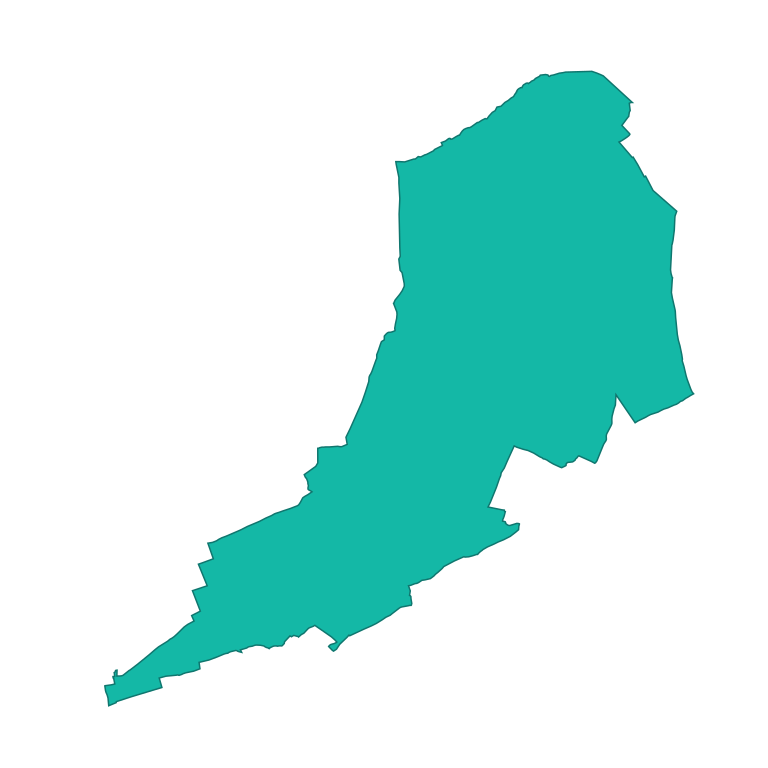 the district of Rediu, Iasi, Romania, rotated 84°
{"feature_id": "2599482B72561220521834", "entity_name": "Rediu", "entity_type": "district", "adm_level": 2, "iso_a3": "ROU", "parent_name": "Romania", "parent_adm1": "Iasi", "projection": "mercator", "projection_center": [27.484, 47.225], "detail": "fine", "context": "isolated", "style": "filled", "palette": "teal", "viewbox_px": 768, "rotation_deg": 84, "n_neighbors": 0, "source": "geoboundaries", "source_scale": "gbopen_adm2", "svg_char_len": 6097}
<svg xmlns="http://www.w3.org/2000/svg" viewBox="0 0 768 768"><g transform="rotate(84 384 384)"><path d="M275.1,354.4L286.3,353.4L288.9,353.6L293.2,356.2L296.5,359.0L301.6,364.1L303.4,365.2L304.2,365.4L304.7,366.1L313.7,363.7L316.3,363.8L320.2,364.6L325.3,366.3L329.7,367.5L330.6,367.5L331.5,367.3L332.1,367.5L332.6,368.9L333.2,371.6L333.1,374.2L333.6,375.4L334.7,376.9L336.4,378.7L340.1,379.1L341.6,382.1L343.3,383.0L350.3,386.2L354.2,388.2L357.6,388.5L359.6,389.6L370.2,394.7L373.0,396.4L373.8,397.2L375.6,398.1L380.0,398.9L390.5,403.5L399.7,407.8L424.8,422.3L433.0,427.4L440.2,426.9L441.9,432.5L441.8,434.1L441.1,436.6L440.9,444.9L440.5,448.4L440.5,450.7L440.3,452.2L440.6,454.6L441.0,455.6L441.0,456.6L455.6,458.1L458.8,460.5L465.8,472.8L468.4,472.0L470.3,470.8L473.5,470.0L475.3,470.1L477.2,469.8L479.5,470.5L480.8,470.5L481.4,470.0L482.7,468.0L483.7,466.9L486.1,471.3L487.4,474.3L488.5,476.4L489.0,476.9L492.9,479.5L495.3,481.5L495.7,482.2L496.1,483.1L498.0,490.1L499.7,497.9L500.7,501.9L501.2,504.6L501.7,506.5L503.1,509.6L505.0,515.6L507.6,522.2L511.4,534.7L514.3,542.3L518.9,557.1L520.0,561.4L521.3,564.8L522.3,566.6L522.7,567.8L523.6,571.1L523.9,575.8L540.0,572.0L542.9,583.5L543.8,587.4L566.2,580.9L569.5,596.1L590.7,590.4L594.2,599.5L599.9,597.7L602.6,604.4L604.8,608.2L610.8,615.7L613.3,619.1L614.5,621.2L615.5,623.6L617.2,626.1L621.8,635.6L624.1,639.2L628.7,645.8L636.9,658.3L641.8,666.3L642.3,667.5L646.4,673.9L646.8,675.4L646.8,677.1L646.5,680.2L640.7,679.4L640.7,680.5L640.9,680.9L642.6,681.8L642.8,682.5L646.7,682.4L646.6,684.1L646.9,684.2L648.4,683.9L648.4,683.6L654.2,683.1L654.7,686.8L654.9,693.1L655.0,693.2L660.0,693.0L661.6,692.7L664.1,691.9L667.4,691.3L675.2,691.4L673.0,684.0L672.9,683.7L671.9,683.4L668.6,667.9L662.6,636.6L652.9,638.3L651.8,631.4L651.9,621.0L651.7,620.1L652.3,618.2L651.7,615.5L651.2,614.4L650.5,611.4L649.7,603.3L648.0,596.8L641.5,597.0L640.2,586.9L637.9,578.1L635.9,571.5L635.5,569.6L635.4,567.4L634.7,566.2L634.2,564.5L633.5,559.3L633.9,558.1L634.5,557.4L635.0,556.3L636.0,553.6L633.4,554.6L632.2,548.1L631.2,546.2L631.0,542.5L630.3,539.6L630.3,538.0L630.9,534.2L631.6,532.0L631.9,530.9L632.6,530.2L633.7,528.6L634.2,527.2L635.2,525.8L634.3,524.7L633.2,521.5L633.1,520.6L633.2,518.3L633.6,517.7L633.5,514.9L633.8,513.3L633.7,512.7L632.3,511.0L631.6,510.3L630.0,509.9L624.7,503.8L625.7,502.5L624.6,500.0L626.3,495.6L626.7,495.4L624.5,492.3L623.5,489.8L619.5,485.2L618.7,483.9L617.6,479.8L616.8,478.0L630.0,462.7L633.4,459.6L635.7,457.9L636.3,458.8L637.0,461.0L637.2,462.6L637.6,464.4L638.4,465.7L639.3,466.5L643.5,463.2L644.4,462.1L642.8,459.0L638.2,455.2L632.0,447.2L630.1,445.1L630.8,444.4L625.7,429.6L623.3,422.0L621.3,416.6L618.2,410.2L616.2,406.6L614.6,402.0L613.4,400.2L608.1,391.6L607.6,389.8L607.1,383.3L606.9,381.7L607.0,380.1L606.8,379.9L605.1,379.3L600.6,379.6L598.1,379.5L597.3,380.0L597.0,380.7L592.5,379.5L587.2,380.7L587.0,378.5L585.8,374.1L585.7,372.2L585.1,370.4L583.2,366.8L583.1,363.9L582.4,358.2L580.1,354.4L578.6,352.7L576.9,350.0L573.6,345.5L571.8,343.6L567.3,332.4L564.1,322.5L564.6,321.6L564.7,317.7L564.1,313.8L563.2,309.7L563.3,308.7L562.2,307.6L560.7,305.6L559.7,303.8L559.0,302.9L556.8,298.0L554.7,291.4L553.0,286.8L551.4,281.3L548.7,274.3L545.0,268.3L543.0,265.4L539.2,264.7L538.0,264.1L537.2,264.0L536.8,264.9L536.5,266.4L537.9,273.7L537.7,274.6L537.5,275.2L536.9,276.1L535.3,277.7L534.5,277.5L533.6,277.9L532.8,280.4L531.1,280.0L530.0,279.3L527.7,278.2L523.6,276.7L523.5,277.2L523.0,277.5L522.0,277.5L521.5,279.7L517.2,293.4L512.6,290.5L498.5,283.0L489.9,279.0L487.5,277.6L484.5,276.7L480.2,273.2L473.6,269.5L459.2,261.0L460.7,258.6L463.4,252.6L465.2,247.7L468.3,242.4L472.6,236.8L474.0,234.4L475.1,233.4L475.5,231.9L476.6,230.0L478.7,227.5L481.3,223.9L485.2,217.3L485.8,216.0L484.6,212.6L484.1,211.5L482.5,211.2L481.3,209.9L481.2,209.1L481.2,204.8L481.0,204.1L479.8,202.0L478.5,201.2L477.5,199.7L476.2,198.6L475.8,197.7L482.6,186.0L484.8,182.8L484.5,181.9L482.7,180.3L467.7,172.3L466.4,171.5L463.6,169.2L462.3,168.6L458.8,168.4L457.0,167.8L449.2,162.6L447.4,161.6L446.3,161.4L442.7,161.1L439.9,160.5L432.6,157.8L429.2,156.1L418.9,154.4L448.8,138.3L447.3,135.3L444.4,127.2L443.1,124.4L442.2,122.0L440.6,114.4L439.4,111.6L438.2,108.3L437.4,104.2L435.4,98.2L434.7,95.2L433.6,92.9L432.3,91.0L431.8,88.8L429.8,85.5L429.0,83.5L427.4,80.2L426.1,77.1L424.2,78.4L421.3,79.4L411.1,82.0L407.3,82.7L397.7,83.9L392.0,85.0L390.5,84.6L385.8,84.8L376.9,85.7L371.1,86.7L365.4,87.1L348.4,87.0L342.3,86.7L340.4,86.8L328.9,88.2L323.1,88.6L309.7,86.3L308.5,85.9L307.9,86.3L304.0,87.0L300.4,87.1L275.8,83.2L274.9,82.7L271.1,81.5L261.3,79.2L249.4,77.4L247.4,77.0L242.8,74.8L219.7,96.2L204.6,102.1L205.2,103.5L192.2,108.8L184.4,112.5L184.7,113.4L167.9,125.0L167.1,122.7L165.3,119.1L163.9,116.5L162.6,114.5L161.5,113.4L160.8,113.5L151.7,120.4L144.1,113.4L143.6,112.7L139.3,111.6L137.8,110.6L130.4,110.7L129.9,109.1L130.0,107.6L100.5,133.7L99.0,136.2L97.0,139.9L94.8,144.6L92.8,170.8L93.1,173.7L93.2,177.1L94.4,183.2L94.6,185.9L95.4,187.2L95.2,188.0L93.8,188.7L93.1,191.0L93.2,196.3L94.2,197.1L96.0,201.5L97.1,202.7L97.5,203.3L98.3,205.8L99.3,207.0L99.7,208.1L100.3,208.9L99.7,209.8L99.7,210.5L99.8,211.3L100.6,212.9L101.1,214.0L102.2,215.0L103.7,215.8L103.5,216.3L103.6,217.4L103.9,217.7L104.2,218.7L105.2,220.3L106.5,221.3L107.2,221.4L107.4,221.9L108.8,222.7L109.3,223.4L111.7,225.1L113.0,227.9L115.0,230.8L116.6,234.3L120.0,238.6L120.4,242.7L123.8,244.9L125.2,247.9L128.3,251.4L131.0,253.8L131.0,254.8L130.6,255.6L131.9,259.1L133.8,262.8L133.7,263.9L137.3,270.2L138.0,272.0L137.9,273.4L138.5,276.0L139.2,277.9L140.5,279.6L142.6,281.5L144.5,282.9L144.4,283.7L145.4,286.2L147.4,290.4L147.6,291.9L147.3,292.2L147.0,292.2L146.6,292.8L146.7,294.1L148.8,297.5L149.9,301.8L152.7,300.9L153.3,301.7L154.0,303.8L156.1,309.3L157.2,310.3L160.1,317.7L160.4,319.5L162.0,323.6L161.8,324.9L161.4,326.2L163.0,328.5L163.5,329.4L163.4,330.9L165.3,340.2L164.4,345.8L164.1,349.0L166.9,348.9L180.2,347.6L185.8,348.2L201.3,348.9L216.5,351.2L249.9,354.0L258.7,354.5L261.3,356.2L272.6,356.1L275.1,354.4Z" fill="#14b8a6" stroke="#0f766e" stroke-width="1.5"/></g></svg>